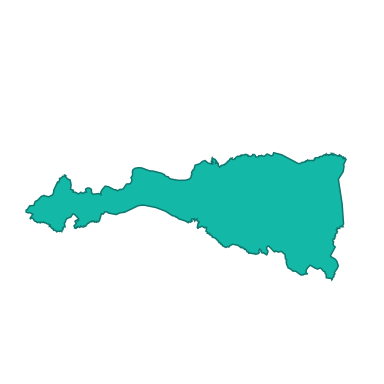 the district of Bueng Sam Phan, Phetchabun, Thailand, rotated 192°
{"feature_id": "78962969B41287674230376", "entity_name": "Bueng Sam Phan", "entity_type": "district", "adm_level": 2, "iso_a3": "THA", "parent_name": "Thailand", "parent_adm1": "Phetchabun", "projection": "mercator", "projection_center": [101.036, 15.826], "detail": "fine", "context": "isolated", "style": "filled", "palette": "teal", "viewbox_px": 384, "rotation_deg": 192, "n_neighbors": 0, "source": "geoboundaries", "source_scale": "gbopen_adm2", "svg_char_len": 6026}
<svg xmlns="http://www.w3.org/2000/svg" viewBox="0 0 384 384"><g transform="rotate(192 192 192)"><path d="M344.9,132.7L344.5,132.2L343.6,133.1L342.3,133.2L340.0,130.9L338.1,130.6L337.1,129.9L335.4,130.5L333.9,130.3L333.9,131.0L331.3,131.2L330.9,131.9L329.3,131.1L328.3,131.5L326.8,130.7L325.0,130.7L324.9,130.1L324.1,130.2L324.2,129.4L323.8,129.8L323.7,128.8L323.0,129.0L322.4,127.9L321.1,127.2L320.1,127.3L320.2,126.8L319.4,125.8L317.4,126.1L316.2,124.9L314.4,126.0L313.3,125.9L311.9,126.6L311.2,126.2L311.1,127.5L310.4,128.5L310.5,129.5L311.0,129.9L309.8,131.4L308.9,131.5L310.4,134.9L309.8,135.9L309.5,138.5L308.6,140.3L305.4,142.2L304.1,145.7L303.4,146.0L301.3,145.1L297.2,142.2L297.2,141.5L297.6,141.7L298.0,141.2L297.6,139.9L298.1,139.8L298.9,140.5L300.3,139.3L300.2,138.7L298.6,137.3L300.4,134.2L299.1,132.9L299.3,132.4L298.3,132.2L297.7,132.5L297.6,133.6L296.7,133.6L296.4,134.7L294.6,134.0L293.6,134.8L293.7,135.6L291.3,135.0L290.5,135.5L290.5,136.3L289.9,136.0L288.8,136.6L288.7,137.6L288.2,137.9L287.7,139.4L286.7,139.9L285.5,141.7L284.6,141.7L284.5,142.5L283.2,142.4L283.2,142.8L281.7,143.3L281.5,142.4L281.0,142.2L280.0,142.8L279.1,142.6L278.8,143.6L277.6,143.2L276.6,144.7L276.1,152.0L274.4,151.8L272.8,154.7L271.2,154.8L269.1,154.0L261.4,154.2L258.4,156.5L253.7,158.2L241.9,167.3L238.9,168.5L235.7,169.2L224.1,169.3L213.9,167.7L206.2,164.7L204.6,164.9L202.0,164.0L201.5,164.3L199.7,163.0L192.7,162.3L189.3,161.2L188.7,162.5L187.5,162.1L187.0,163.2L186.3,162.9L185.9,163.3L186.0,163.9L186.7,164.0L186.8,165.5L185.5,166.1L184.9,165.4L184.3,166.2L183.2,164.3L182.7,165.8L181.8,165.9L181.5,166.5L181.1,165.0L178.9,164.3L178.8,163.2L179.5,163.0L179.5,158.5L178.8,157.7L178.2,158.1L177.8,159.2L176.9,159.2L175.2,160.6L172.1,159.6L171.8,160.3L170.3,160.3L170.1,156.5L168.5,156.0L168.5,154.8L166.3,155.1L166.3,154.2L163.2,153.2L162.9,152.1L159.7,151.8L155.8,149.2L155.1,148.1L153.3,147.9L153.0,147.0L151.4,146.7L151.1,145.8L147.4,144.8L146.2,145.9L144.6,145.8L143.8,147.4L141.2,149.4L136.7,149.4L133.7,148.7L133.3,147.9L132.5,147.7L131.8,148.3L131.7,147.9L129.8,147.8L128.7,146.8L128.0,147.3L127.2,146.7L125.5,144.9L124.0,144.9L123.7,143.9L122.2,144.4L119.2,144.3L118.3,145.0L117.2,144.2L114.7,145.3L113.6,146.5L114.4,148.2L114.0,150.1L112.6,149.6L112.1,148.0L110.6,146.9L109.0,147.3L106.1,146.0L105.7,146.3L105.3,149.0L105.7,150.5L107.1,151.4L107.4,153.3L106.7,154.7L105.5,154.9L99.1,150.6L98.6,150.7L97.7,151.8L95.1,151.1L92.4,152.5L88.0,150.2L86.7,146.0L85.3,145.3L85.4,143.5L84.5,141.2L82.2,137.8L79.2,137.0L76.9,135.6L74.1,136.1L68.4,133.5L67.2,133.6L66.3,134.4L65.8,134.2L64.6,135.4L63.6,135.3L63.1,135.9L62.4,135.8L62.3,136.2L63.3,136.5L63.7,137.3L64.0,139.6L63.0,142.2L61.2,145.0L56.0,143.2L53.0,142.7L52.0,143.7L50.2,144.3L46.8,141.8L45.3,141.6L44.8,140.1L43.6,139.2L42.8,136.0L38.4,136.3L37.3,136.0L37.0,135.2L36.6,135.9L36.8,137.0L35.6,138.7L36.1,140.2L35.4,140.9L35.4,142.1L35.9,142.4L35.7,143.8L34.4,146.4L33.5,150.2L35.9,154.3L38.0,156.1L42.8,157.7L43.3,158.5L40.5,168.0L42.4,169.1L43.4,171.2L43.0,171.9L43.3,172.8L44.3,173.8L44.1,175.3L43.1,175.5L42.7,176.5L43.1,176.8L42.8,177.5L43.1,177.9L42.5,178.9L43.0,179.7L42.9,180.8L41.6,182.3L41.9,183.1L41.6,183.7L43.0,184.8L42.0,185.9L42.5,186.9L39.9,187.1L40.1,189.0L38.6,189.8L38.1,189.2L37.9,189.8L37.3,189.7L37.7,190.2L37.1,192.2L42.6,211.3L51.5,234.9L48.4,243.2L48.6,248.6L49.4,250.3L48.1,255.9L48.9,256.6L49.5,256.4L49.6,256.9L50.3,256.3L50.9,257.4L51.3,256.6L51.6,257.4L52.4,257.4L53.5,258.3L54.2,258.2L55.3,259.1L55.9,258.4L55.6,257.7L56.1,257.3L59.4,258.2L60.5,258.0L61.0,258.6L61.1,257.9L61.6,258.2L62.1,257.6L62.8,258.8L63.8,258.8L63.5,257.8L64.9,257.2L65.1,256.7L65.5,256.9L66.0,256.3L66.9,256.9L68.9,255.8L68.9,256.8L69.8,255.7L70.5,255.8L71.5,254.8L71.9,253.9L73.6,253.6L74.8,252.9L75.0,252.0L78.1,251.2L78.8,250.7L79.0,250.0L78.7,249.5L79.2,249.3L78.9,248.9L79.7,247.8L80.5,248.0L84.6,247.0L85.5,247.4L85.9,246.6L86.9,246.3L86.8,245.5L87.4,245.0L87.8,245.2L89.4,244.0L90.6,243.9L91.4,242.8L93.6,241.8L112.1,247.1L120.3,247.4L120.6,244.7L121.8,243.8L126.5,244.8L128.5,242.1L130.2,241.8L131.6,242.3L132.1,241.7L134.3,241.3L134.6,239.9L137.1,239.6L137.7,240.9L139.0,241.6L140.5,241.2L140.5,240.3L142.1,238.8L143.1,239.1L144.5,238.6L144.8,239.5L145.3,239.3L145.7,239.9L147.5,240.0L149.3,238.7L150.9,238.7L151.3,237.8L151.9,238.0L152.5,236.7L153.3,237.0L153.8,236.4L155.1,236.3L157.0,233.7L156.8,233.3L158.3,232.3L159.9,232.6L159.8,233.5L161.4,232.8L162.6,229.9L163.6,229.3L163.9,227.8L165.2,226.8L165.4,225.9L166.2,225.6L166.1,225.2L168.5,224.3L168.5,223.8L169.2,223.6L170.1,222.1L171.7,223.3L172.2,225.1L173.2,225.3L173.2,225.9L174.1,225.8L174.8,225.1L174.9,226.6L174.3,227.0L176.1,228.6L178.0,229.1L178.6,228.8L179.3,229.6L179.4,228.4L178.6,227.4L179.5,226.2L178.1,225.6L178.8,225.4L179.1,224.3L177.7,224.6L177.6,223.6L182.2,223.6L185.8,225.5L188.3,224.0L190.2,221.3L194.5,218.9L194.9,213.9L195.8,213.5L196.5,210.7L195.7,209.0L196.2,208.0L195.9,206.8L197.0,204.4L200.3,202.3L207.5,200.6L215.5,200.3L216.9,200.6L218.4,201.9L220.6,201.9L222.5,202.6L222.6,203.3L225.6,204.0L233.6,204.4L238.2,203.9L246.3,205.1L249.2,204.7L252.8,203.3L254.5,201.2L254.5,199.3L253.7,196.8L253.9,195.0L254.7,193.5L253.2,191.2L253.5,188.6L254.4,187.1L257.7,186.2L259.8,181.1L261.1,179.9L263.2,179.5L265.2,177.6L267.0,178.4L268.3,178.0L274.9,179.8L278.1,179.7L280.2,176.0L281.2,172.6L280.5,170.4L282.9,171.1L287.8,169.4L289.0,169.5L290.1,170.5L291.0,173.7L293.1,174.5L294.9,174.3L296.5,172.9L296.6,172.1L295.2,169.9L297.1,169.5L298.0,167.9L300.6,168.7L302.6,166.5L306.1,167.5L308.1,167.2L308.5,167.4L308.4,169.0L311.4,169.4L311.7,173.8L313.7,178.4L316.6,179.0L318.8,180.7L318.8,181.9L320.3,182.1L320.3,180.6L321.9,180.4L322.4,178.8L324.4,177.7L323.9,177.1L324.5,173.5L325.6,173.8L327.6,165.0L327.3,162.9L327.6,160.5L330.9,157.6L334.3,157.5L336.2,157.9L336.9,157.1L338.3,156.6L341.3,151.8L343.4,150.1L343.9,146.0L347.9,144.7L349.4,140.6L350.5,139.8L350.1,137.9L347.8,137.5L346.4,138.1L343.0,137.1L344.9,132.7Z" fill="#14b8a6" stroke="#0f766e" stroke-width="1.5"/></g></svg>